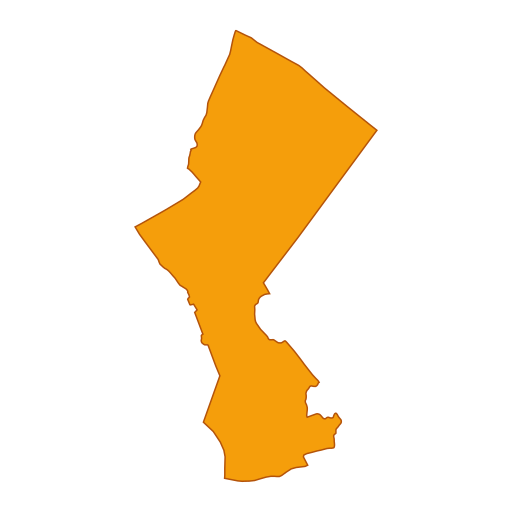 Rach Gia, Kiên Giang, Vietnam (Natural Earth projection)
{"feature_id": "81297802B54016933640468", "entity_name": "Rach Gia", "entity_type": "district", "adm_level": 2, "iso_a3": "VNM", "parent_name": "Vietnam", "parent_adm1": "Kiên Giang", "projection": "natural_earth1", "projection_center": [105.109, 10.025], "detail": "fine", "context": "isolated", "style": "filled", "palette": "amber", "viewbox_px": 512, "rotation_deg": 0, "n_neighbors": 0, "source": "geoboundaries", "source_scale": "gbopen_adm2", "svg_char_len": 3994}
<svg xmlns="http://www.w3.org/2000/svg" viewBox="0 0 512 512"><path d="M224.6,478.3L237.9,480.9L242.4,481.3L244.1,481.2L249.1,481.1L254.6,480.5L259.8,478.9L266.1,477.1L270.9,476.3L274.4,476.3L276.7,476.5L279.4,476.5L281.6,475.5L286.1,472.2L291.2,468.9L296.1,467.5L305.1,466.4L305.8,466.1L307.7,465.2L303.4,456.9L303.8,455.1L305.3,454.3L306.8,453.6L312.1,452.3L316.8,451.0L321.0,450.1L324.0,449.3L327.0,448.5L329.6,448.2L331.7,448.2L333.7,447.8L333.8,447.7L334.2,447.1L334.4,446.3L334.5,445.4L334.5,444.3L334.4,443.0L334.2,441.4L334.2,439.9L334.1,438.6L333.7,436.8L333.7,435.5L334.0,435.0L334.3,434.5L335.0,434.0L335.8,433.4L335.9,432.9L335.9,429.8L336.2,429.0L337.1,427.9L338.1,426.8L339.2,425.2L340.8,423.4L341.3,422.1L341.3,420.9L340.9,419.7L339.7,418.3L338.5,416.8L337.8,415.6L337.3,414.6L336.5,413.6L335.9,413.2L335.4,413.3L334.8,413.7L334.3,414.4L333.6,416.1L333.3,417.2L332.7,417.8L331.6,418.0L330.2,417.9L328.6,417.3L327.6,417.3L326.7,417.7L325.5,418.7L324.4,418.8L323.6,418.5L322.6,417.7L321.7,416.5L320.5,415.2L319.6,414.4L318.7,414.1L317.7,413.8L316.8,413.8L315.7,414.1L313.8,414.8L312.1,415.4L310.5,416.0L307.2,417.2L306.8,416.2L306.7,415.2L306.9,413.0L307.2,410.4L307.3,409.0L307.2,407.3L306.5,404.8L305.5,402.8L305.3,401.6L305.3,400.6L305.9,399.3L306.1,398.2L306.2,397.1L306.2,395.7L306.0,394.2L305.9,393.3L306.2,392.2L306.7,390.9L306.8,390.6L308.5,388.7L309.9,386.4L311.2,385.9L313.9,386.4L315.7,386.4L316.7,385.7L317.6,384.7L318.3,383.0L318.9,382.5L319.1,382.4L318.6,381.4L317.6,380.2L315.7,378.3L312.4,374.7L309.4,370.9L304.1,364.1L300.5,359.2L294.4,351.3L286.8,342.4L285.9,341.5L285.4,341.0L284.7,340.9L283.5,341.5L282.4,342.3L281.2,342.9L279.9,342.9L278.3,342.8L277.1,342.1L275.2,340.8L273.9,339.9L273.4,339.7L272.4,339.7L271.1,339.8L269.5,339.7L268.8,339.2L268.4,338.7L268.1,338.2L267.8,337.3L267.3,336.5L266.6,335.7L266.4,335.4L260.6,329.4L256.5,323.5L255.6,321.7L255.1,319.6L254.6,314.1L254.8,309.6L254.6,306.5L254.7,305.8L255.3,304.9L255.9,304.3L257.4,303.4L258.0,302.7L258.2,301.7L258.5,299.7L259.3,298.2L260.1,297.2L261.3,296.2L264.7,294.4L267.4,293.9L269.6,293.7L267.5,289.8L264.8,285.2L263.5,283.0L263.4,282.8L271.6,272.0L284.6,255.0L297.6,238.0L299.6,235.3L340.3,179.9L373.9,134.3L376.9,130.3L370.2,125.0L346.3,105.8L324.4,87.9L311.8,76.7L305.4,71.1L302.0,67.9L298.7,65.4L291.5,61.5L283.6,57.1L279.5,54.8L257.0,42.4L251.4,37.9L245.0,35.0L239.1,32.1L236.3,30.7L235.7,30.7L235.3,31.5L234.3,34.6L232.9,39.6L231.6,45.8L230.6,50.8L229.7,54.4L227.5,59.2L224.7,65.4L223.9,66.9L219.7,75.8L213.1,90.6L210.3,96.8L208.5,101.0L207.8,103.3L207.4,107.6L206.8,112.7L206.0,115.3L204.7,117.3L203.2,120.3L202.3,123.4L201.7,125.1L200.9,126.6L198.4,129.9L196.6,131.9L195.5,133.3L195.1,134.3L194.8,135.5L194.7,136.6L194.7,138.0L195.0,139.6L196.1,141.6L196.8,142.7L197.1,143.8L197.2,144.3L197.2,145.2L196.9,146.4L195.7,147.5L193.1,148.4L192.0,148.7L190.8,149.3L191.0,149.8L191.1,150.2L191.0,150.4L190.4,151.8L190.2,153.3L189.6,155.9L189.0,157.5L188.8,159.2L188.8,160.4L188.6,164.2L188.1,165.7L187.8,166.7L187.6,167.6L187.5,168.3L188.9,169.1L190.2,170.3L192.2,172.2L192.7,172.8L193.6,173.8L194.7,175.1L195.6,176.2L197.1,177.9L200.7,182.0L200.0,183.6L199.4,185.1L199.1,185.9L197.7,188.0L195.1,190.2L191.2,193.1L184.9,198.0L183.2,199.3L164.7,210.4L140.4,224.1L135.1,226.9L139.6,234.4L145.4,242.3L158.2,259.5L159.2,262.3L160.0,264.1L163.4,267.3L165.0,268.5L166.0,269.0L167.3,269.8L168.8,271.1L170.2,272.6L173.0,275.9L175.0,278.1L178.5,283.3L180.1,285.3L182.6,286.7L182.6,286.8L185.9,288.8L187.2,290.2L187.8,291.4L187.7,292.4L188.9,294.8L189.5,297.0L188.9,297.7L188.1,298.4L187.7,299.4L189.9,304.7L190.3,304.9L191.3,304.7L193.6,304.2L197.1,309.9L194.7,312.4L202.9,334.2L201.6,335.1L201.3,335.7L201.5,337.2L201.6,338.4L201.2,340.5L201.4,341.7L201.9,342.8L203.3,344.0L204.6,344.8L207.7,344.9L208.1,345.3L215.8,366.0L219.9,375.8L203.4,422.2L213.3,431.5L220.3,442.1L224.0,450.5L224.0,450.8L225.1,456.8L224.8,468.2L224.8,475.4L224.6,478.3Z" fill="#f59e0b" stroke="#b45309" stroke-width="1.5"/></svg>